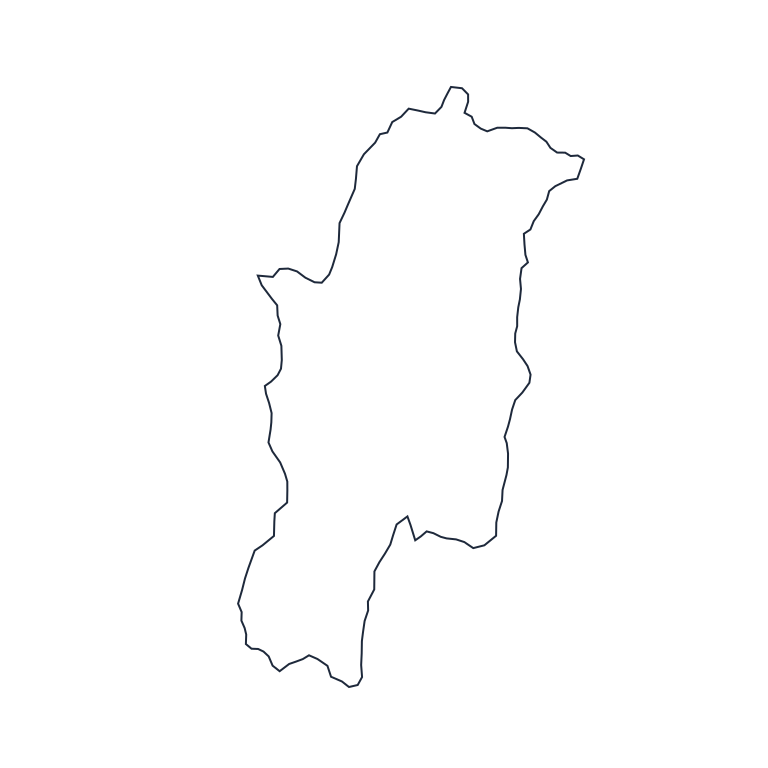 Bernardino de Campos, São Paulo, Brazil, rotated 198°
{"feature_id": "56859067B18982964690410", "entity_name": "Bernardino de Campos", "entity_type": "district", "adm_level": 2, "iso_a3": "BRA", "parent_name": "Brazil", "parent_adm1": "São Paulo", "projection": "natural_earth1", "projection_center": [-49.494, -23.025], "detail": "fine", "context": "isolated", "style": "outline", "palette": "slate", "viewbox_px": 768, "rotation_deg": 198, "n_neighbors": 0, "source": "geoboundaries", "source_scale": "gbopen_adm2", "svg_char_len": 2298}
<svg xmlns="http://www.w3.org/2000/svg" viewBox="0 0 768 768"><g transform="rotate(198 384 384)"><path d="M441.1,108.8L437.6,103.1L435.0,94.0L428.2,91.3L421.8,93.1L415.9,92.3L409.5,89.3L402.9,81.7L394.5,78.6L387.7,88.4L381.9,92.8L376.2,97.3L371.5,102.8L362.3,101.9L350.7,98.5L343.9,89.2L332.1,88.1L323.7,85.0L316.0,89.6L314.3,98.5L318.9,109.7L322.0,121.0L325.6,132.7L327.2,141.1L329.2,152.6L329.1,163.7L332.1,172.2L329.8,185.6L335.2,202.8L333.3,213.2L330.7,222.9L328.4,233.2L328.6,242.8L328.6,254.3L320.8,265.3L315.3,258.2L306.0,245.0L301.9,250.4L297.9,257.0L290.9,257.4L282.8,256.2L276.8,256.5L267.4,258.5L258.8,258.5L248.4,255.5L238.7,261.6L230.5,274.3L234.4,287.0L235.6,298.1L235.6,309.2L238.5,319.9L239.4,335.3L240.4,342.9L244.5,356.1L249.0,365.7L253.0,370.9L252.9,381.8L253.3,389.5L254.3,399.3L254.2,409.3L249.8,418.6L246.1,430.1L247.5,438.2L253.0,445.4L259.4,450.5L267.7,456.1L272.3,464.2L274.8,472.6L275.2,480.1L278.0,488.7L280.0,498.5L280.9,506.4L283.1,516.7L287.1,526.0L289.0,536.7L284.7,544.1L289.4,550.5L293.5,560.1L297.4,570.1L292.5,576.2L291.9,585.2L289.3,593.3L287.8,602.1L286.1,609.7L286.5,618.5L282.2,625.1L272.8,634.2L263.6,638.9L263.3,649.9L263.2,659.5L270.3,661.2L276.9,658.5L283.2,660.0L290.9,657.6L298.7,660.0L304.4,664.6L310.6,666.8L318.2,669.8L326.6,671.5L335.0,669.2L341.4,666.8L347.5,665.3L355.5,662.7L363.9,656.2L370.9,656.8L378.3,659.2L383.2,665.3L391.2,666.8L391.2,678.4L393.5,685.4L401.2,689.4L412.1,687.2L413.4,680.0L414.6,672.7L415.0,665.3L419.1,657.0L428.4,655.3L435.9,654.6L445.6,653.5L450.3,643.5L457.1,635.7L458.5,624.2L465.1,620.3L467.0,610.8L474.1,596.3L477.0,582.8L474.1,570.5L472.1,560.5L473.8,542.9L474.5,534.8L476.0,523.3L470.9,504.9L469.6,492.6L469.4,479.2L470.0,471.1L474.5,461.1L481.5,459.3L491.6,460.8L501.5,464.2L510.7,464.2L518.9,461.1L522.8,451.5L537.5,448.1L530.8,440.1L517.0,430.4L509.9,425.8L506.3,416.2L501.1,408.9L499.6,397.4L493.4,388.6L488.6,375.2L486.7,366.7L487.9,359.5L492.2,351.3L496.7,345.3L493.2,338.3L487.4,330.4L481.9,321.6L479.3,312.7L477.8,305.7L475.8,292.7L469.3,285.4L458.5,277.3L450.4,268.0L445.8,261.3L443.0,252.8L439.5,241.3L447.9,227.4L445.8,219.3L441.7,205.5L449.7,193.0L455.5,185.6L456.1,167.1L456.1,156.0L455.3,144.1L454.9,130.0L448.9,123.1L446.5,114.9L441.1,108.8Z" fill="none" stroke="#1e293b" stroke-width="2"/></g></svg>